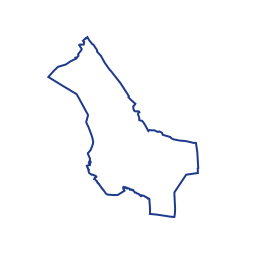 outline of Gradinari, Caras-Severin, Romania, rotated 342°
{"feature_id": "2599482B46425260952488", "entity_name": "Gradinari", "entity_type": "district", "adm_level": 2, "iso_a3": "ROU", "parent_name": "Romania", "parent_adm1": "Caras-Severin", "projection": "mercator", "projection_center": [21.573, 45.115], "detail": "fine", "context": "isolated", "style": "outline", "palette": "blue", "viewbox_px": 256, "rotation_deg": 342, "n_neighbors": 0, "source": "geoboundaries", "source_scale": "gbopen_adm2", "svg_char_len": 5108}
<svg xmlns="http://www.w3.org/2000/svg" viewBox="0 0 256 256"><g transform="rotate(342 128 128)"><path d="M188.0,163.2L187.4,162.9L186.5,162.7L185.6,162.4L183.8,161.2L181.9,160.1L180.1,159.0L178.2,158.0L178.0,157.9L172.8,155.7L168.1,153.0L167.6,152.7L167.2,152.3L166.8,151.9L166.4,151.5L166.1,151.1L165.8,150.6L165.6,150.1L165.4,149.6L158.9,145.2L158.9,143.2L158.2,142.3L156.5,140.9L155.3,141.1L152.3,138.3L151.1,138.0L150.0,137.6L148.8,137.1L147.7,136.6L146.4,137.2L145.2,130.5L144.2,126.8L143.5,125.5L141.2,124.1L141.4,122.9L141.8,122.0L141.9,121.4L141.7,117.9L142.7,116.6L143.6,116.6L143.6,115.9L142.8,115.2L141.8,114.9L141.2,114.8L140.4,114.6L139.3,113.6L139.1,112.1L139.3,110.4L139.6,109.1L141.7,107.9L142.5,107.3L139.5,102.2L137.9,98.9L138.7,98.1L134.7,83.0L129.1,67.8L128.7,67.3L128.0,65.2L126.1,59.0L124.5,50.9L122.2,45.9L122.3,45.8L122.6,44.9L122.3,42.9L121.8,41.7L121.5,40.4L121.0,38.4L119.7,36.7L119.6,36.0L119.1,35.0L118.6,33.6L118.0,31.8L117.5,29.0L115.6,29.9L115.4,29.5L112.1,31.2L112.4,31.9L112.8,32.4L112.9,32.8L111.6,35.0L109.6,34.3L108.1,33.8L107.2,34.1L108.4,38.6L107.8,39.4L103.3,42.5L103.2,44.0L101.4,45.1L100.3,44.9L99.8,44.9L100.1,46.0L94.0,46.8L88.5,48.4L80.2,48.2L74.4,51.1L68.0,54.9L79.6,68.5L83.9,73.3L85.7,75.5L89.6,79.9L92.0,92.3L92.7,96.3L94.0,103.2L94.0,103.3L93.9,103.6L90.6,108.6L90.1,109.5L90.0,110.1L90.2,111.4L90.4,112.7L90.7,114.7L91.1,123.0L91.1,126.4L90.6,130.5L89.7,132.3L88.1,134.5L87.4,135.2L86.1,136.9L85.9,137.1L85.7,137.3L84.3,138.3L83.7,138.6L82.2,139.4L82.1,139.5L81.9,139.8L81.9,140.0L81.9,140.4L82.4,145.5L82.1,146.0L81.9,146.4L81.9,146.7L81.8,146.9L81.7,147.0L81.8,147.2L81.9,147.4L81.9,147.5L81.3,147.7L81.3,147.8L81.3,148.0L81.7,148.4L81.8,148.6L82.0,148.9L82.0,149.0L81.9,149.1L81.5,149.1L81.0,149.2L80.8,149.1L80.4,148.7L80.2,148.6L80.0,148.9L80.0,149.0L80.2,149.4L80.7,149.8L80.9,150.0L80.9,150.3L80.6,150.9L80.4,151.4L80.3,151.5L80.2,151.6L79.7,151.3L79.5,151.0L79.4,150.9L78.6,151.2L78.1,151.3L77.7,151.3L77.3,151.2L77.2,151.2L77.2,151.8L77.1,152.1L77.1,152.3L77.2,152.5L77.3,152.7L77.3,153.1L77.3,153.4L77.3,153.5L77.5,153.5L77.6,153.9L77.4,154.2L77.4,154.4L77.4,154.6L77.4,154.8L77.5,154.9L77.5,155.0L77.8,155.3L77.9,155.7L77.6,155.8L77.4,156.0L77.2,156.2L77.2,156.8L77.2,157.2L77.2,158.6L77.2,158.8L77.5,159.3L78.2,160.2L78.6,160.8L78.8,161.1L79.0,161.2L79.2,161.3L79.6,161.3L79.9,161.4L80.2,161.7L80.7,162.0L80.8,162.1L81.0,162.5L81.7,162.9L81.9,163.1L82.2,163.4L82.7,164.0L82.8,164.2L82.9,164.4L82.9,164.7L82.8,164.8L82.6,164.8L82.1,164.9L81.5,165.0L81.1,165.1L80.8,165.3L80.6,165.5L80.3,165.8L80.2,166.0L80.8,166.1L80.9,166.6L81.0,167.2L81.1,167.4L81.3,167.8L81.5,168.3L81.8,168.9L81.9,169.0L81.9,169.3L82.0,169.4L82.1,169.6L82.0,169.9L82.1,170.6L82.2,170.9L82.4,170.8L82.5,170.9L82.5,171.0L82.4,171.2L82.4,171.3L82.5,171.4L82.7,171.6L82.8,171.6L83.0,172.0L83.0,172.4L84.1,175.7L84.2,176.0L84.2,176.4L84.3,176.7L84.3,176.8L84.5,176.9L84.6,177.4L84.7,177.8L84.8,177.8L85.0,178.1L85.1,178.4L85.5,179.7L85.7,180.2L86.4,182.3L86.6,183.2L86.8,183.6L86.9,183.9L87.3,184.4L87.6,184.7L88.4,185.2L89.6,185.7L89.8,185.8L90.0,185.9L90.3,186.0L91.1,186.2L91.6,186.5L92.0,186.7L92.5,186.9L93.5,187.3L94.1,187.5L94.3,187.5L94.6,187.5L94.8,187.6L95.1,187.7L95.5,187.9L96.1,188.2L97.1,188.5L97.5,188.5L102.1,187.4L103.5,187.0L104.6,186.8L105.3,186.6L105.1,185.5L104.9,185.2L104.8,184.9L104.8,184.4L105.0,183.6L105.0,183.2L105.4,182.6L105.6,182.6L105.8,182.7L105.9,182.8L106.0,183.2L106.1,183.5L106.3,183.7L106.7,183.5L107.0,183.5L107.3,183.5L107.5,183.6L107.6,183.8L107.3,184.0L107.5,184.4L107.8,184.3L107.9,184.2L108.0,184.3L108.4,184.5L108.4,184.8L108.2,185.0L108.3,185.2L108.7,185.2L109.2,185.2L109.3,185.2L109.4,185.3L109.5,185.5L110.3,185.9L110.7,186.2L110.8,186.5L110.8,187.1L110.8,187.3L111.0,187.4L111.3,187.4L111.8,187.4L111.9,187.6L112.0,187.8L112.2,188.0L112.4,188.1L112.5,188.2L112.8,188.0L112.8,187.9L113.0,188.0L113.5,188.3L113.8,188.8L113.7,189.1L113.8,189.6L114.0,189.8L114.3,190.4L114.4,190.7L114.4,190.9L114.5,191.1L114.6,191.3L114.6,191.5L115.0,191.7L115.3,191.7L115.5,191.8L115.8,192.1L116.0,192.6L116.3,193.0L116.9,193.3L117.0,193.4L117.3,193.6L117.6,193.9L117.9,194.2L118.1,194.5L118.2,194.9L118.2,195.1L118.5,195.4L118.6,195.6L118.8,195.7L119.0,195.8L119.3,195.8L119.5,195.9L119.4,196.0L119.0,196.6L119.1,196.8L119.3,196.9L119.8,196.5L120.0,196.5L120.7,196.9L120.8,196.9L121.4,197.0L121.9,197.2L122.1,197.4L122.3,197.6L122.8,198.2L123.0,198.4L123.1,198.5L123.2,198.8L123.4,198.9L123.6,199.1L123.7,199.3L123.8,199.4L124.0,199.5L124.2,199.8L124.4,200.0L124.5,200.1L124.8,200.2L124.9,200.4L124.9,201.1L125.0,201.3L125.3,201.3L125.5,201.3L125.9,201.4L126.1,201.6L126.4,202.1L126.1,203.2L125.6,205.0L125.5,205.6L125.0,207.6L124.9,208.0L124.8,208.4L124.6,208.9L124.5,209.5L124.5,210.0L124.4,210.2L124.3,210.4L124.2,210.7L124.1,211.2L124.1,211.6L123.9,211.8L123.7,212.1L123.4,213.5L123.2,214.1L123.0,214.7L122.7,215.9L122.3,216.5L128.3,219.1L141.1,225.5L144.6,227.0L146.2,223.8L147.8,219.5L151.7,205.2L152.3,203.5L168.9,190.4L180.6,192.4L181.8,188.0L182.4,187.9L186.5,172.1L188.0,163.2Z" fill="none" stroke="#1e3a8a" stroke-width="2"/></g></svg>